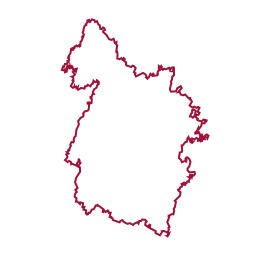 Naogaon, Rajshahi, Bangladesh (Equal Earth projection), rotated 196°
{"feature_id": "16705992B34203284467157", "entity_name": "Naogaon", "entity_type": "district", "adm_level": 2, "iso_a3": "BGD", "parent_name": "Bangladesh", "parent_adm1": "Rajshahi", "projection": "equal_earth", "projection_center": [88.84, 24.873], "detail": "fine", "context": "isolated", "style": "outline", "palette": "rose", "viewbox_px": 256, "rotation_deg": 196, "n_neighbors": 0, "source": "geoboundaries", "source_scale": "gbopen_adm2", "svg_char_len": 5799}
<svg xmlns="http://www.w3.org/2000/svg" viewBox="0 0 256 256"><g transform="rotate(196 128 128)"><path d="M174.2,131.9L175.1,129.4L174.2,128.2L174.3,126.6L176.3,124.8L177.8,120.8L176.2,117.9L177.1,112.1L176.1,105.7L177.0,104.5L177.0,101.4L176.3,100.5L176.7,99.0L178.3,99.0L178.7,97.8L178.9,95.9L178.0,95.2L178.6,91.7L178.2,90.6L178.7,89.7L179.3,90.0L179.3,88.1L179.9,87.9L178.2,87.0L180.1,85.6L178.3,83.8L178.2,82.8L179.7,79.8L176.6,78.6L175.6,80.2L173.3,79.4L172.6,77.5L171.7,78.2L166.6,77.5L167.3,79.8L166.3,82.7L167.1,84.9L165.7,83.6L165.7,82.2L164.0,81.4L165.0,78.6L164.8,76.9L163.4,76.9L162.0,72.9L164.1,65.8L163.9,61.2L159.9,56.4L161.5,54.0L159.6,52.4L160.5,51.0L160.7,49.0L160.3,47.2L158.1,46.3L157.8,42.9L156.8,43.4L153.3,41.7L153.4,43.4L150.5,43.3L149.9,40.5L150.3,38.5L149.6,39.8L148.1,40.2L148.3,37.3L145.5,37.3L145.0,34.5L143.9,33.6L143.4,33.7L143.6,34.5L142.6,34.4L142.4,35.7L141.1,36.0L140.4,39.5L138.5,40.5L137.6,44.6L136.1,44.8L136.1,45.6L129.4,43.2L129.2,40.4L128.5,40.3L128.0,42.1L126.3,41.1L124.2,43.8L124.7,42.2L123.5,42.2L123.0,41.1L121.3,41.7L121.1,37.5L119.4,37.8L119.1,36.8L117.9,36.9L117.3,35.5L115.8,35.3L110.0,35.0L109.7,36.6L107.9,37.9L106.7,36.7L102.3,35.7L99.9,37.0L96.2,36.3L95.6,37.8L93.0,40.0L91.6,39.0L91.6,41.6L89.6,42.4L89.2,43.9L86.2,44.5L84.3,43.3L85.1,41.7L84.7,39.5L82.7,38.8L81.5,39.1L80.6,41.0L79.8,40.8L79.6,39.0L80.6,38.1L72.9,36.5L72.6,34.6L67.7,33.7L66.5,37.5L67.0,38.1L65.2,38.9L61.3,38.5L60.5,37.3L59.8,37.9L60.2,36.7L60.1,35.3L60.8,35.0L60.1,34.8L59.4,37.5L59.9,38.2L60.5,37.4L61.0,38.8L60.8,41.8L61.6,42.9L60.8,44.3L64.3,48.3L63.9,52.0L64.6,54.5L63.9,54.3L64.0,55.5L61.9,57.4L60.6,57.5L60.8,61.0L61.8,63.0L61.1,65.0L61.6,70.2L63.0,70.9L59.3,77.3L59.9,80.9L61.8,81.3L62.9,82.6L61.5,83.5L61.5,85.3L60.1,86.6L60.6,88.1L59.7,88.5L60.7,89.2L59.8,89.6L59.4,88.9L59.7,90.4L59.1,90.9L59.6,91.1L57.7,90.8L57.7,89.4L57.3,88.3L57.3,91.0L56.5,91.1L56.3,93.0L54.6,93.2L55.1,94.2L54.5,96.9L55.9,97.5L54.6,97.8L55.4,98.3L55.5,100.1L54.3,100.2L53.1,98.5L53.2,100.6L51.8,100.3L50.9,102.2L51.9,104.1L56.8,102.3L59.1,103.7L59.6,105.4L58.5,108.1L58.6,112.6L60.4,115.0L62.7,116.1L63.9,115.7L64.3,114.1L63.1,113.7L62.7,111.8L64.4,111.8L66.8,110.0L68.3,112.0L70.8,113.1L71.5,118.7L69.8,119.7L69.6,120.9L71.6,126.0L70.7,126.1L69.0,130.3L67.7,130.9L68.0,134.2L67.4,136.0L64.3,131.9L62.3,131.3L61.5,132.9L62.3,132.7L64.3,134.9L63.9,135.6L60.7,135.4L59.5,137.4L57.5,136.7L57.2,135.0L55.1,136.4L54.5,135.1L53.2,136.0L53.4,137.7L51.2,138.4L52.5,139.3L52.1,140.3L49.6,140.8L48.8,139.9L48.5,142.8L50.6,143.5L53.6,139.5L54.8,139.5L55.6,138.0L54.3,137.9L54.9,137.4L56.2,137.5L56.4,139.7L54.7,139.9L55.0,142.0L57.3,141.4L58.4,143.5L59.1,143.5L59.9,142.0L61.8,141.2L62.2,142.2L61.0,143.8L60.4,147.7L59.6,146.5L58.2,150.1L58.4,152.8L55.7,153.6L55.9,155.4L54.6,155.7L54.5,157.0L57.6,157.0L59.0,154.7L62.9,154.6L63.8,155.0L63.5,156.2L66.2,157.3L66.0,158.0L67.1,158.7L68.5,155.8L70.3,156.6L71.6,156.2L71.4,159.0L70.5,160.5L71.6,163.5L70.8,162.7L69.6,163.9L67.5,163.0L67.4,159.6L64.0,159.9L63.4,162.3L65.5,162.9L64.9,167.2L66.5,167.6L67.6,166.2L70.4,166.8L71.4,165.3L75.0,166.6L73.8,170.9L75.5,172.7L76.5,172.6L76.6,173.9L78.3,173.5L82.3,176.0L83.8,174.7L86.6,174.7L88.4,177.1L89.6,176.4L87.4,181.2L88.9,182.7L91.5,180.0L92.0,176.5L96.6,174.8L97.6,175.6L98.5,177.4L98.7,183.1L99.5,184.3L99.1,186.8L99.6,189.6L98.3,191.5L99.5,195.1L100.9,194.8L99.8,196.2L100.7,196.8L100.1,197.8L100.8,198.9L102.9,198.0L103.6,195.2L105.1,197.2L107.9,194.8L109.9,194.9L110.5,193.6L112.3,194.7L112.6,194.0L112.3,196.0L113.2,196.8L113.7,195.3L115.4,196.0L114.6,193.2L113.1,192.8L114.8,190.9L114.9,188.9L114.0,188.2L114.4,186.7L118.3,185.0L118.2,186.8L118.9,187.2L120.1,185.4L121.4,186.2L122.0,182.4L122.9,180.7L124.6,181.7L124.1,182.3L125.9,184.3L128.7,185.1L134.5,179.8L136.2,181.5L136.0,182.8L137.7,183.2L137.1,187.7L139.4,189.1L140.9,189.1L141.6,187.6L146.2,187.6L147.4,188.2L148.0,190.7L149.9,191.2L150.2,193.5L151.3,193.9L151.1,192.0L152.0,191.9L153.5,193.4L155.0,191.8L157.5,191.8L158.3,195.8L159.5,198.3L160.1,197.9L160.5,198.8L161.1,204.5L162.4,205.1L162.8,207.4L164.1,206.2L166.5,209.8L168.0,208.2L170.6,208.1L174.6,211.7L178.3,213.4L178.6,214.7L177.2,216.0L178.3,217.4L179.6,217.8L180.7,215.8L181.9,215.6L183.5,219.0L185.0,219.3L187.2,222.1L188.9,220.9L189.9,222.4L192.7,222.4L193.9,219.3L194.8,219.6L195.3,221.1L196.7,220.1L196.2,218.5L197.1,216.1L196.5,215.6L197.8,214.3L198.0,210.6L197.5,209.3L198.0,207.5L196.0,205.4L197.1,203.2L196.2,203.0L196.8,202.0L196.4,201.6L196.7,198.5L197.4,198.0L196.5,193.5L197.0,193.0L197.9,194.2L199.2,192.5L200.2,193.1L201.6,190.9L201.5,188.9L202.0,190.0L202.2,188.9L203.0,189.8L204.4,188.6L203.6,187.4L204.3,187.2L203.9,183.9L204.9,180.7L204.2,180.2L205.0,178.8L203.6,178.1L203.5,176.3L204.5,175.7L203.6,174.9L204.2,175.0L204.4,172.9L206.3,172.1L206.5,168.9L207.4,169.1L207.5,165.5L205.8,165.6L204.5,167.1L203.9,164.3L202.5,165.3L203.2,165.9L203.0,167.0L201.8,167.8L202.5,167.5L202.7,169.8L203.6,168.9L203.3,172.2L202.9,170.2L200.2,169.3L199.2,170.1L200.7,170.3L201.3,172.1L200.2,172.2L199.8,171.3L198.5,171.9L196.8,168.9L193.6,170.9L193.6,167.8L194.5,168.6L196.4,166.6L193.7,164.8L194.8,162.7L196.2,161.9L194.7,161.5L193.9,159.8L194.5,158.6L193.2,158.1L194.6,152.6L192.2,151.4L191.2,152.1L191.1,153.4L190.6,152.5L189.3,153.5L188.6,152.1L187.6,153.7L187.5,152.2L186.4,151.0L184.1,153.6L180.7,153.9L180.7,156.3L179.2,156.7L178.6,158.4L175.7,157.7L174.7,160.8L174.0,161.0L174.2,164.0L172.1,163.0L171.1,163.6L171.0,165.3L168.7,164.1L168.5,163.1L169.6,163.6L168.7,161.4L169.4,160.7L169.3,158.3L171.1,156.0L171.7,152.9L170.2,151.3L171.4,151.1L171.6,147.6L172.6,147.5L172.3,146.5L170.7,145.8L170.0,141.9L171.6,141.8L171.6,140.9L172.5,141.9L173.8,141.3L173.6,140.3L171.9,140.2L170.9,134.8L171.6,133.5L174.2,131.9Z" fill="none" stroke="#9f1239" stroke-width="2"/></g></svg>